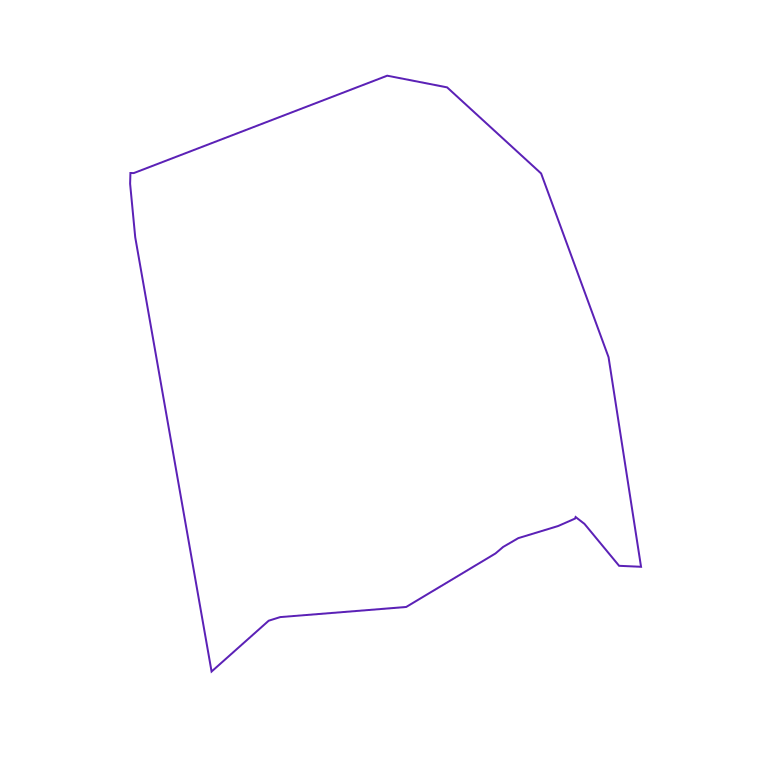 Saint Michael, orthographic projection, rotated 187°
{"feature_id": "BRB-1996", "entity_name": "Saint Michael", "entity_type": "Parish", "adm_level": 1, "iso_a3": "BRB", "parent_name": "Barbados", "parent_adm1": "", "projection": "orthographic", "projection_center": [-59.609, 13.123], "detail": "fine", "context": "isolated", "style": "outline", "palette": "violet", "viewbox_px": 768, "rotation_deg": 187, "n_neighbors": 0, "source": "natural_earth", "source_scale": "10m", "svg_char_len": 429}
<svg xmlns="http://www.w3.org/2000/svg" viewBox="0 0 768 768"><g transform="rotate(187 384 384)"><path d="M418.4,690.4L357.5,686.1L253.7,612.1L164.4,438.0L106.6,233.9L128.5,232.2L168.0,269.6L177.6,275.3L178.0,273.7L193.8,264.3L231.9,247.4L245.9,236.8L252.7,229.4L334.8,165.4L458.6,140.0L469.6,135.0L520.1,77.6L648.8,499.3L660.4,551.8L661.4,562.5L658.0,562.9L418.4,690.4Z" fill="none" stroke="#5b21b6" stroke-width="2"/></g></svg>